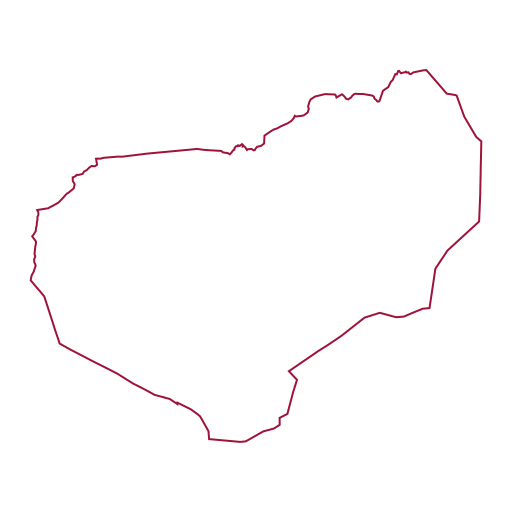 the district of San Martín Huamelúlpam, Oaxaca, Mexico
{"feature_id": "50627088B44400770228154", "entity_name": "San Martín Huamelúlpam", "entity_type": "district", "adm_level": 2, "iso_a3": "MEX", "parent_name": "Mexico", "parent_adm1": "Oaxaca", "projection": "natural_earth1", "projection_center": [-97.612, 17.395], "detail": "fine", "context": "isolated", "style": "outline", "palette": "rose", "viewbox_px": 512, "rotation_deg": 0, "n_neighbors": 0, "source": "geoboundaries", "source_scale": "gbopen_adm2", "svg_char_len": 2750}
<svg xmlns="http://www.w3.org/2000/svg" viewBox="0 0 512 512"><path d="M37.2,210.0L38.2,212.0L38.4,213.7L38.3,215.2L37.4,216.9L37.5,219.3L36.9,222.7L36.7,225.5L36.0,227.9L35.8,230.9L33.6,234.6L32.2,236.3L36.0,241.6L36.0,243.1L35.6,245.4L35.3,246.4L34.5,254.3L35.3,256.2L34.1,259.5L34.2,260.2L34.3,262.4L35.1,263.8L35.7,265.9L35.2,267.0L33.6,271.9L31.7,275.3L31.3,277.0L30.7,280.4L38.5,289.6L44.2,296.3L47.9,307.5L55.3,330.6L59.7,343.6L70.2,349.5L92.9,361.3L109.0,369.4L117.4,373.7L125.8,379.0L133.2,383.6L141.9,388.0L152.0,393.4L154.4,394.8L169.8,399.0L177.4,404.1L177.5,402.7L190.8,409.3L198.1,414.6L200.2,416.5L208.5,431.2L209.1,439.1L240.2,441.9L245.5,441.4L247.8,440.2L251.9,437.9L258.0,434.4L263.3,431.4L274.0,428.5L279.7,424.8L279.6,417.9L287.4,413.9L293.0,392.6L297.0,379.8L288.9,371.2L317.9,351.3L327.7,345.1L336.6,339.1L341.3,335.9L344.9,333.1L353.9,326.0L364.4,317.7L379.8,312.8L396.0,317.2L403.9,316.6L411.5,313.3L422.7,308.7L429.5,308.1L430.8,299.5L433.9,278.8L435.4,268.7L439.5,262.5L447.5,250.5L479.1,221.5L480.2,195.2L480.7,170.6L480.7,169.1L481.2,147.6L481.3,141.4L476.2,136.9L464.2,116.5L456.7,95.7L455.7,95.1L446.7,93.6L426.4,70.1L423.0,70.4L413.3,72.4L411.2,73.9L410.1,74.1L409.4,73.8L408.4,72.3L406.5,72.6L405.9,71.7L405.3,72.1L400.9,73.2L399.0,70.9L398.8,70.9L398.2,71.0L397.1,73.6L396.8,74.4L395.3,74.1L392.6,80.2L390.9,81.7L388.2,87.2L384.3,89.8L383.0,90.8L379.4,101.2L378.7,101.4L377.7,101.6L377.0,101.1L376.4,100.1L375.7,99.6L374.5,98.6L374.2,97.8L373.9,96.8L372.9,95.8L371.9,95.5L362.6,93.9L361.3,94.0L358.3,94.0L355.9,93.7L354.4,94.0L352.5,95.5L350.9,97.7L350.2,98.0L348.3,99.4L346.1,98.8L344.9,97.1L344.6,96.7L342.4,94.5L341.8,94.4L338.5,96.3L336.5,97.5L335.9,95.7L335.1,94.7L334.9,94.5L325.0,94.1L315.1,96.5L310.8,99.3L309.6,101.4L309.2,102.5L308.1,106.5L308.8,108.9L307.7,112.5L303.7,115.4L301.8,115.8L296.0,116.5L294.8,115.8L293.8,118.1L291.6,120.7L287.7,123.3L281.3,126.1L279.5,127.1L276.9,128.5L273.7,129.5L270.4,131.5L264.5,135.6L264.1,143.5L261.2,145.8L257.1,146.8L256.0,148.1L255.1,149.4L254.7,150.2L253.7,150.3L251.6,149.0L247.9,149.2L247.0,150.0L245.3,147.4L244.6,146.7L243.8,146.1L242.7,146.5L242.9,145.0L242.0,144.1L239.7,145.9L238.2,145.3L237.9,146.1L236.3,146.1L234.5,148.0L234.4,149.7L233.1,150.3L231.3,152.8L229.8,154.3L227.7,153.1L223.0,152.4L221.4,151.0L220.8,150.9L205.3,150.0L196.7,148.9L192.4,149.4L147.2,153.6L122.1,156.7L118.0,156.6L103.6,157.8L101.9,158.2L101.1,158.6L96.0,158.7L97.1,164.8L94.8,166.3L91.7,166.0L89.7,167.2L86.6,170.2L84.0,171.6L82.6,173.9L78.7,174.9L76.5,174.9L75.6,176.2L72.7,177.4L72.8,181.0L74.7,184.2L73.7,188.4L68.4,192.8L66.9,193.6L59.7,201.4L58.1,202.8L56.2,203.9L51.6,206.4L49.6,207.4L49.0,207.7L48.6,208.2L37.2,210.0Z" fill="none" stroke="#9f1239" stroke-width="2"/></svg>